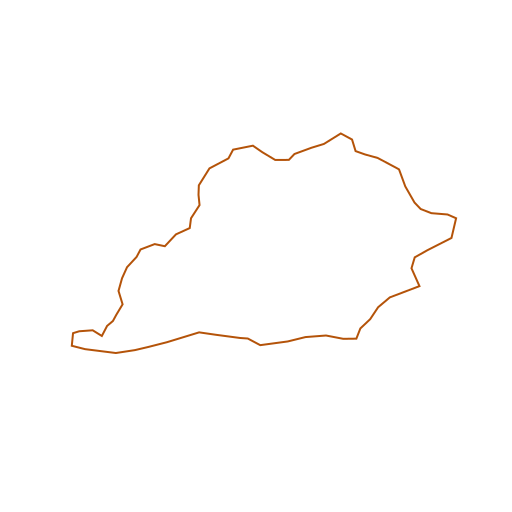 outline of Dals-Ed, Västra Götaland, Sweden, rotated 253°
{"feature_id": "70781695B56175452529333", "entity_name": "Dals-Ed", "entity_type": "district", "adm_level": 2, "iso_a3": "SWE", "parent_name": "Sweden", "parent_adm1": "Västra Götaland", "projection": "mercator", "projection_center": [11.917, 58.996], "detail": "fine", "context": "isolated", "style": "outline", "palette": "amber", "viewbox_px": 512, "rotation_deg": 253, "n_neighbors": 0, "source": "geoboundaries", "source_scale": "gbopen_adm2", "svg_char_len": 1032}
<svg xmlns="http://www.w3.org/2000/svg" viewBox="0 0 512 512"><g transform="rotate(253 256 256)"><path d="M224.0,53.6L216.9,65.3L204.2,93.6L201.4,112.7L200.5,126.4L199.6,145.6L199.6,169.3L199.6,179.3L192.3,194.8L182.3,216.7L179.5,224.0L169.5,234.0L165.0,261.4L164.0,279.6L159.5,299.7L151.3,315.2L147.6,327.8L156.2,334.6L162.2,346.7L171.3,357.8L177.3,371.9L179.4,403.5L198.8,401.1L208.3,407.4L211.4,421.5L216.1,448.2L233.6,458.4L239.7,451.3L245.7,436.2L252.8,427.2L260.8,423.2L278.9,419.1L297.0,418.1L299.3,415.9L304.1,411.1L314.2,401.0L321.2,390.0L327.2,381.9L339.3,381.9L348.4,372.9L343.3,353.7L343.3,340.7L342.3,322.6L338.3,315.5L342.3,302.4L353.4,292.4L362.4,285.3L364.4,265.2L357.4,258.2L353.4,237.1L340.3,222.0L331.3,218.9L321.2,216.9L311.1,204.9L302.1,200.8L300.1,185.8L292.0,171.7L297.0,162.6L296.0,147.5L290.0,141.5L283.0,129.4L273.9,121.4L262.8,114.3L248.8,114.3L240.7,105.3L235.7,100.2L232.7,93.2L224.6,85.2L232.7,78.1L235.7,65.0L235.7,58.5L235.3,58.3L224.0,53.6Z" fill="none" stroke="#b45309" stroke-width="2"/></g></svg>